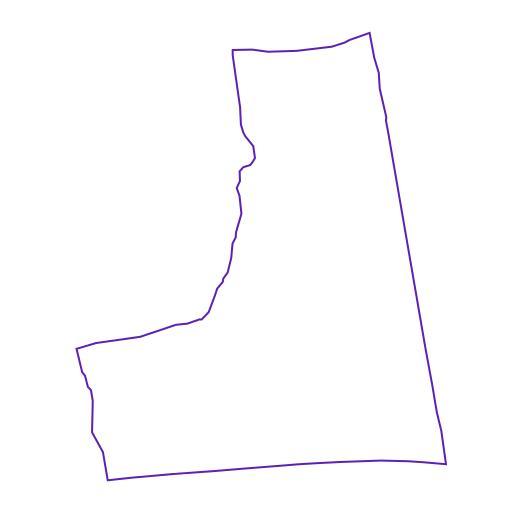 Iztapa, Escuintla, Guatemala (Natural Earth projection), rotated 358°
{"feature_id": "79465075B85452841744981", "entity_name": "Iztapa", "entity_type": "district", "adm_level": 2, "iso_a3": "GTM", "parent_name": "Guatemala", "parent_adm1": "Escuintla", "projection": "natural_earth1", "projection_center": [-90.708, 13.973], "detail": "fine", "context": "isolated", "style": "outline", "palette": "violet", "viewbox_px": 512, "rotation_deg": 358, "n_neighbors": 0, "source": "geoboundaries", "source_scale": "gbopen_adm2", "svg_char_len": 1032}
<svg xmlns="http://www.w3.org/2000/svg" viewBox="0 0 512 512"><g transform="rotate(358 256 256)"><path d="M239.9,49.3L239.7,54.5L245.3,106.8L245.5,124.3L247.7,132.4L249.5,136.0L257.1,146.1L258.4,158.1L255.7,162.2L253.5,164.9L246.4,166.8L242.6,170.8L242.6,180.5L239.1,187.4L241.6,195.2L242.9,213.3L236.8,231.8L236.4,236.6L233.0,242.7L231.2,257.0L227.1,271.5L222.5,277.5L221.9,280.7L216.1,287.2L213.4,294.5L206.8,310.4L199.4,317.6L197.4,317.4L185.0,321.2L173.4,322.0L137.5,332.7L93.1,337.4L73.4,342.5L78.2,366.0L81.0,369.8L83.4,380.9L86.4,384.4L87.8,395.1L86.0,426.5L96.2,446.7L100.0,475.0L110.6,474.2L122.8,473.3L165.3,471.0L208.4,469.4L233.3,468.2L249.0,467.5L276.9,466.3L291.4,465.6L313.2,465.1L334.8,464.8L355.2,464.8L373.7,464.8L400.6,466.4L415.5,467.9L438.6,470.7L435.1,437.3L431.3,418.8L427.6,390.9L422.1,353.9L392.3,136.3L390.6,125.3L391.1,121.9L385.5,93.1L385.1,77.3L381.1,62.0L377.3,37.0L357.2,43.3L351.9,45.9L338.8,49.5L303.8,52.4L275.2,52.3L259.4,49.6L239.9,49.3Z" fill="none" stroke="#5b21b6" stroke-width="2"/></g></svg>